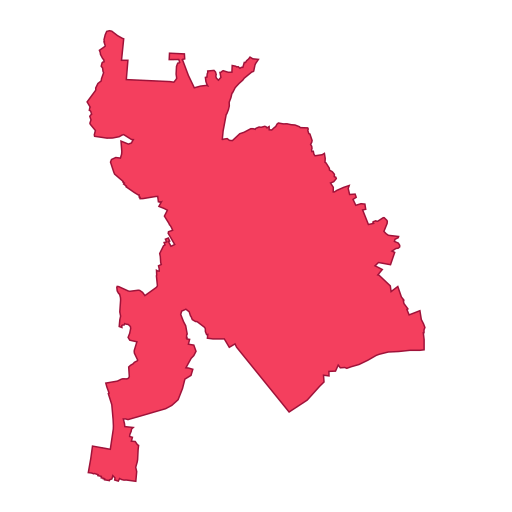 the district of Uriangato, Guanajuato, Mexico
{"feature_id": "50627088B85486599986999", "entity_name": "Uriangato", "entity_type": "district", "adm_level": 2, "iso_a3": "MEX", "parent_name": "Mexico", "parent_adm1": "Guanajuato", "projection": "albers", "projection_center": [-101.168, 20.117], "detail": "fine", "context": "isolated", "style": "filled", "palette": "rose", "viewbox_px": 512, "rotation_deg": 0, "n_neighbors": 0, "source": "geoboundaries", "source_scale": "gbopen_adm2", "svg_char_len": 6001}
<svg xmlns="http://www.w3.org/2000/svg" viewBox="0 0 512 512"><path d="M424.1,349.8L424.1,339.6L423.3,332.8L424.0,332.7L424.0,329.8L424.9,327.5L423.5,323.8L421.3,319.5L419.9,310.7L409.1,314.9L406.9,309.5L407.9,308.9L403.9,303.5L403.3,300.4L403.8,300.4L403.8,300.0L401.4,297.0L397.8,286.5L391.1,291.6L390.3,285.9L379.1,275.3L377.8,274.9L382.3,269.5L375.0,265.8L378.5,262.5L390.5,264.7L394.7,252.4L392.0,251.1L395.9,248.5L398.2,248.2L399.7,246.9L399.7,245.3L398.3,243.1L394.4,241.4L395.0,239.3L398.2,237.7L398.6,236.5L388.4,235.3L386.1,233.7L383.9,231.4L387.1,223.5L387.3,221.5L387.0,220.5L384.2,217.7L383.2,217.7L377.6,221.3L376.5,221.2L375.8,220.8L373.5,221.6L372.9,222.1L373.6,223.4L368.4,224.5L362.6,209.9L365.7,209.3L364.9,204.1L361.0,203.7L355.8,205.3L353.0,199.4L356.2,197.3L355.1,194.1L349.6,194.5L348.2,188.5L349.2,185.5L343.6,187.4L336.8,190.4L334.5,191.9L333.2,191.9L333.3,187.3L330.5,183.0L333.7,181.7L336.3,178.6L335.8,177.2L334.3,176.7L334.4,174.3L332.4,171.8L329.5,170.1L329.3,168.2L326.0,162.9L325.0,162.3L325.2,158.5L324.4,153.4L322.2,154.7L315.0,155.8L313.9,154.2L313.3,151.3L311.9,151.5L311.6,149.5L312.0,148.4L311.7,146.2L310.6,144.5L311.8,142.1L312.1,140.5L309.9,134.0L308.8,133.6L307.8,130.5L308.2,129.0L307.7,127.9L300.3,127.6L299.4,126.7L295.0,125.0L291.2,124.7L287.0,123.8L283.4,123.9L278.4,123.0L277.1,124.0L275.6,126.7L274.6,127.3L271.7,130.0L269.2,129.8L269.1,126.6L267.0,127.9L266.1,126.8L264.8,126.3L261.1,127.3L259.1,127.0L256.4,128.1L255.2,128.8L255.1,129.3L253.2,128.7L250.8,128.7L244.0,132.3L239.8,133.7L232.4,140.6L229.5,140.4L227.2,138.6L223.3,139.2L222.9,139.5L222.3,139.4L223.1,131.0L226.2,114.5L226.8,113.8L228.5,109.4L229.3,105.9L229.2,102.2L230.9,97.7L232.0,93.1L232.5,92.9L235.1,87.8L236.3,86.4L239.1,83.4L242.8,80.1L244.2,78.2L252.0,71.8L252.7,71.8L253.7,71.1L255.0,64.9L255.7,63.4L258.4,59.4L252.8,58.8L250.0,57.1L248.6,59.0L246.6,60.7L245.5,62.5L244.3,62.4L242.8,67.4L241.5,67.3L239.9,68.3L238.2,66.7L236.8,66.9L235.6,66.2L232.2,65.5L231.9,72.2L228.3,72.3L223.2,70.7L222.5,71.0L220.6,72.5L220.0,72.5L220.9,77.4L218.4,80.2L216.3,78.0L215.8,76.1L216.2,74.6L215.5,72.0L214.0,70.4L207.7,71.0L207.8,72.4L207.2,73.9L206.9,77.1L205.4,77.4L205.9,81.5L206.8,84.1L207.7,85.8L206.4,85.4L200.5,86.1L194.3,87.8L188.4,75.5L182.8,60.6L182.2,59.8L182.5,59.4L184.7,58.9L184.4,53.9L169.5,53.2L169.2,59.6L178.8,59.5L179.7,62.4L179.1,62.9L177.7,63.2L176.5,66.4L176.1,74.1L176.7,78.3L175.9,79.7L173.8,82.2L170.0,81.6L126.3,79.6L127.9,60.3L121.5,60.3L123.7,38.8L122.5,38.4L117.5,35.6L111.8,31.2L109.5,30.7L106.7,31.4L105.2,34.8L104.0,39.7L104.4,41.8L104.0,41.9L105.2,45.6L105.1,46.3L99.4,50.3L100.2,52.3L100.5,54.5L102.8,58.8L103.6,59.4L104.1,61.3L104.1,61.8L102.6,62.2L102.1,62.8L101.2,66.2L102.6,68.0L103.0,71.3L103.6,72.7L101.5,78.7L101.2,80.9L97.9,83.5L95.7,88.0L95.8,89.6L95.5,90.5L87.1,101.9L90.2,107.1L89.9,107.4L89.3,110.3L90.2,110.7L90.8,111.5L91.6,114.3L90.6,115.1L89.8,116.3L91.0,119.9L89.9,123.2L90.3,124.3L95.4,130.5L94.3,134.8L94.6,136.3L106.9,138.1L112.6,138.0L119.2,136.7L122.2,135.0L123.7,134.6L131.5,139.5L133.3,139.6L131.4,143.0L128.4,144.1L121.0,141.1L121.8,151.5L121.6,154.2L120.4,158.1L115.8,157.5L111.5,159.5L110.5,162.1L113.7,171.9L114.6,174.1L123.2,181.5L122.9,182.0L124.4,183.1L123.6,184.0L126.5,186.2L126.1,186.8L134.3,192.5L138.4,195.0L139.1,194.9L139.2,196.9L139.7,196.9L139.7,197.8L140.2,197.8L140.2,198.7L143.0,198.6L155.6,196.5L157.7,196.4L158.4,201.8L159.8,201.8L159.7,202.1L160.6,202.3L161.3,202.0L158.9,206.4L164.2,208.5L167.4,210.2L164.4,216.1L169.0,223.5L169.5,224.8L170.2,225.4L171.4,227.4L172.4,229.7L172.6,230.3L168.5,231.7L168.3,232.5L168.4,233.0L168.2,233.3L174.7,244.5L171.0,246.3L168.4,241.5L169.7,241.1L168.3,238.0L165.4,239.2L166.6,242.0L164.1,242.5L165.0,244.9L163.5,245.8L159.7,253.5L160.3,256.5L160.7,262.7L161.3,264.5L158.5,265.8L159.2,268.8L159.2,271.1L157.7,271.0L156.5,270.3L156.7,275.2L156.4,275.8L157.4,285.5L157.1,286.5L156.2,287.5L144.9,295.6L142.6,292.4L139.7,290.4L138.3,290.2L129.8,291.3L128.3,291.0L118.7,286.6L117.2,286.4L116.8,287.4L117.2,290.9L118.7,293.6L119.5,294.0L119.9,295.3L120.5,297.8L120.6,300.1L119.8,311.9L120.6,316.1L119.8,320.0L119.2,326.5L121.9,327.5L121.8,325.5L122.7,325.0L124.1,325.0L124.7,323.6L125.9,324.1L128.3,324.5L130.4,326.5L130.7,328.4L129.7,333.3L128.1,337.4L129.8,340.2L136.9,341.8L134.3,350.3L134.2,351.5L134.4,353.2L137.7,360.1L137.2,360.9L134.4,362.3L133.1,363.8L130.5,365.3L128.7,367.0L129.3,376.4L128.9,377.6L128.2,378.4L126.7,378.9L122.8,378.8L121.3,379.2L117.4,381.1L105.8,383.1L106.9,387.1L109.1,393.1L108.3,393.6L111.8,404.7L113.1,419.5L113.4,425.9L113.3,429.1L110.3,449.3L92.5,446.1L90.8,458.4L88.3,472.6L91.5,473.0L93.7,473.8L94.6,473.5L98.1,474.7L97.9,475.6L101.4,476.4L101.2,477.8L103.5,478.3L103.4,478.8L104.7,478.9L104.6,479.8L106.5,480.1L109.3,480.6L109.4,479.9L111.9,478.9L112.8,475.6L115.0,477.9L114.7,480.0L117.6,480.9L118.3,481.1L119.6,478.5L121.5,479.5L124.0,480.1L126.2,480.0L135.8,481.3L136.7,471.6L135.7,467.3L137.2,462.0L137.6,459.8L138.1,449.7L138.6,445.4L137.4,444.7L135.2,441.5L131.4,441.2L132.4,437.3L129.6,436.5L129.8,434.6L131.2,431.2L131.5,429.1L133.2,427.5L124.8,426.6L124.5,423.7L123.3,419.0L125.5,418.9L128.0,419.6L165.6,408.7L171.9,405.3L178.1,399.7L182.5,388.5L184.9,379.1L191.0,375.4L192.8,369.3L188.4,368.0L185.9,367.8L191.1,358.4L193.8,355.6L196.0,351.3L193.8,345.1L188.4,344.2L189.6,339.4L187.0,339.0L187.0,337.7L186.5,337.8L186.7,334.7L187.2,334.1L185.7,325.8L183.5,321.6L180.7,314.4L181.7,311.1L185.9,309.2L189.2,311.8L190.5,315.9L191.1,316.6L192.3,319.6L195.5,321.5L197.0,321.6L197.6,322.0L204.4,327.2L205.3,328.5L205.4,331.6L206.6,334.6L207.8,334.4L207.4,338.2L212.8,338.9L224.3,338.9L229.3,347.3L235.0,343.9L236.6,347.2L289.1,412.0L307.2,400.1L319.7,386.2L324.0,382.0L323.5,375.2L329.0,375.9L328.9,371.4L335.5,371.1L338.2,365.1L340.3,367.8L344.8,367.5L346.8,368.3L351.3,366.7L359.0,364.5L367.9,360.2L376.2,355.4L379.1,354.3L388.3,352.0L398.7,351.5L410.0,350.3L419.9,350.3L424.1,349.8Z" fill="#f43f5e" stroke="#9f1239" stroke-width="1.5"/></svg>